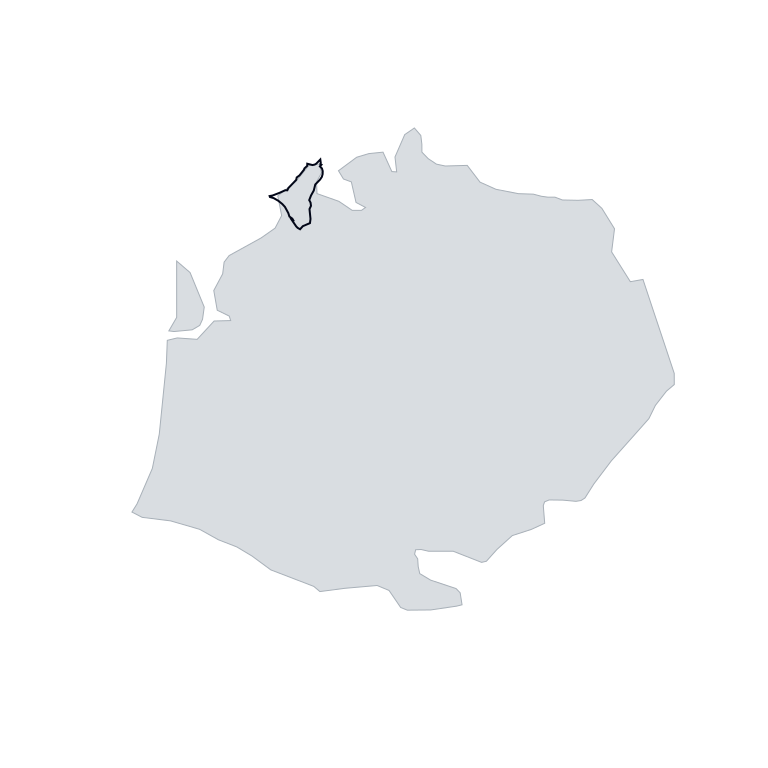 location of Western within Sierra Leone, rotated 72°
{"feature_id": "SLE-761", "entity_name": "Western", "entity_type": "Province", "adm_level": 1, "iso_a3": "SLE", "parent_name": "Sierra Leone", "parent_adm1": "", "projection": "natural_earth1", "projection_center": [-13.113, 8.336], "detail": "coarse", "context": "in_parent", "style": "outline", "palette": "ink", "viewbox_px": 768, "rotation_deg": 72, "n_neighbors": 0, "source": "natural_earth", "source_scale": "10m", "svg_char_len": 2340}
<svg xmlns="http://www.w3.org/2000/svg" viewBox="0 0 768 768"><g transform="rotate(72 384 384)"><path d="M618.1,378.0L617.7,383.6L613.3,409.5L606.3,431.7L601.7,437.2L581.9,443.0L573.5,452.8L566.2,484.4L561.6,509.1L554.8,513.3L525.8,549.1L506.8,562.7L493.5,574.3L481.0,589.6L465.2,604.3L448.2,629.3L436.1,655.2L427.9,663.3L421.7,655.9L392.7,630.4L362.2,613.2L297.2,584.6L275.5,576.6L276.3,566.4L283.8,547.9L271.6,526.1L276.3,510.2L271.6,510.2L262.3,519.8L242.5,517.0L229.4,503.4L218.7,498.4L214.0,491.6L207.1,455.7L202.1,439.4L192.2,429.3L172.3,426.9L164.0,405.0L153.0,388.0L154.8,377.5L163.8,378.1L170.9,385.7L182.2,388.9L196.3,370.5L209.0,360.6L211.9,351.8L210.4,347.0L202.7,354.5L181.7,352.6L176.5,359.2L167.1,361.4L159.9,339.9L160.2,327.2L163.2,313.3L184.4,310.9L186.2,306.4L171.5,303.4L153.2,287.2L149.9,276.0L159.0,272.2L167.7,273.9L175.2,276.3L183.4,272.3L191.1,266.2L195.6,258.4L201.8,237.3L221.7,230.3L233.4,217.4L244.5,197.4L249.6,183.3L254.1,176.3L257.0,170.3L259.2,163.6L264.1,157.5L269.3,142.6L272.9,129.0L284.3,122.5L307.6,116.8L328.7,126.7L362.8,118.1L364.6,105.4L395.8,105.2L432.8,104.9L463.6,104.7L474.2,108.1L478.1,117.6L488.2,132.5L498.8,142.8L512.0,165.3L527.3,191.5L543.9,215.3L554.5,228.1L555.7,232.6L554.9,237.7L549.7,249.8L545.3,262.8L545.7,267.7L548.9,270.1L566.1,274.2L567.8,288.7L567.8,308.8L576.2,327.6L584.2,341.4L583.8,346.3L564.4,369.9L556.8,393.3L552.9,399.8L551.4,405.1L555.3,407.5L560.7,406.0L568.2,407.9L575.4,408.6L585.0,400.2L600.8,378.7L606.1,376.1L618.1,378.0ZM269.2,567.5L267.0,572.2L256.6,560.6L203.0,543.2L218.1,534.0L255.3,531.2L266.4,536.6L271.3,541.1L273.2,549.7L269.2,567.5Z" fill="#d9dde1" stroke="#a8b0b8" stroke-width="1"/><path d="M199.1,421.1L199.8,419.8L198.4,420.1L195.5,422.2L191.8,422.2L184.9,423.5L181.4,425.1L177.1,427.9L173.2,431.4L170.9,434.7L169.9,434.7L170.3,431.8L169.9,424.2L169.2,418.1L169.9,416.1L168.1,414.4L162.7,404.4L160.6,403.2L159.5,399.9L155.5,393.9L154.4,393.1L152.8,389.6L150.8,388.9L153.7,384.3L153.9,382.0L153.5,380.3L150.8,375.2L154.1,375.8L155.1,376.5L156.1,375.7L157.2,377.7L159.8,376.4L162.6,376.5L165.4,377.5L167.8,379.1L169.8,381.6L173.0,387.7L178.3,391.0L182.1,395.1L186.0,398.3L188.8,397.8L192.0,398.4L194.6,400.8L204.3,402.9L208.1,404.7L208.8,412.4L210.9,416.0L208.8,417.9L207.0,418.8L199.1,421.1Z" fill="none" stroke="#020617" stroke-width="2"/></g></svg>